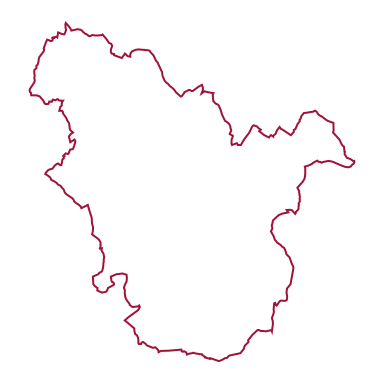 the district of Poienarii De Muscel, Arges, Romania
{"feature_id": "2599482B33398207909803", "entity_name": "Poienarii De Muscel", "entity_type": "district", "adm_level": 2, "iso_a3": "ROU", "parent_name": "Romania", "parent_adm1": "Arges", "projection": "albers", "projection_center": [25.065, 45.199], "detail": "fine", "context": "isolated", "style": "outline", "palette": "rose", "viewbox_px": 384, "rotation_deg": 0, "n_neighbors": 0, "source": "geoboundaries", "source_scale": "gbopen_adm2", "svg_char_len": 5847}
<svg xmlns="http://www.w3.org/2000/svg" viewBox="0 0 384 384"><path d="M271.9,331.5L272.9,324.2L272.8,321.2L271.9,318.0L273.6,313.4L273.9,311.4L273.6,309.5L274.2,303.3L275.2,302.9L275.9,305.0L276.7,305.6L279.6,301.3L281.2,300.5L284.1,300.9L286.5,300.4L287.0,298.9L287.2,296.4L286.5,292.7L287.0,288.5L290.5,284.3L293.4,268.3L293.2,266.4L291.8,263.7L289.5,257.3L286.5,254.3L285.0,249.5L284.0,247.8L281.8,246.4L280.9,245.2L276.9,242.4L275.7,240.6L274.8,239.7L273.7,236.3L270.9,231.3L272.3,228.9L271.8,225.1L272.4,223.6L272.9,220.5L278.7,215.1L283.1,213.4L288.3,212.4L286.7,210.0L290.2,209.8L291.8,210.1L295.2,213.9L295.7,213.2L295.8,212.0L297.5,210.4L298.6,208.6L298.5,206.8L298.9,205.8L298.7,205.1L298.8,204.3L298.6,203.5L299.8,201.6L299.7,201.0L299.8,199.8L299.6,199.3L299.9,196.0L299.5,195.4L299.5,193.7L299.1,192.8L299.2,190.9L298.6,190.2L297.4,187.7L302.6,181.9L304.4,179.0L305.0,176.1L305.3,173.0L305.2,170.5L305.4,169.3L304.8,166.6L308.9,165.4L312.4,163.6L312.7,163.1L317.2,160.6L318.7,161.9L320.0,161.8L320.6,162.1L321.1,162.6L321.8,162.7L322.6,162.1L328.6,160.9L332.6,161.7L341.4,165.5L345.3,166.9L348.2,167.3L350.7,166.6L352.2,164.6L353.5,163.9L354.4,162.2L354.2,160.9L353.4,161.1L350.5,159.1L346.9,157.8L344.6,154.1L344.9,151.7L344.5,151.5L343.9,146.5L342.7,145.7L341.8,144.6L339.4,139.5L333.0,132.4L333.6,130.5L333.4,122.9L327.6,120.8L324.6,118.7L321.9,116.5L320.4,115.9L318.5,114.6L317.9,113.9L317.0,112.1L315.1,110.7L314.8,110.7L312.9,111.8L310.3,112.0L309.3,112.3L303.8,113.1L301.1,116.5L300.7,118.6L299.6,119.9L299.8,121.2L297.6,124.0L295.5,128.8L295.3,129.2L293.9,129.8L293.7,132.0L290.9,135.2L282.3,129.5L281.2,129.1L279.6,127.0L277.1,130.3L276.2,132.1L276.0,133.1L275.4,134.0L273.2,135.9L273.2,136.6L271.1,135.1L270.7,135.2L269.0,137.5L264.0,135.0L259.2,131.2L260.8,129.7L258.7,128.3L256.9,126.4L253.6,125.3L252.2,126.5L249.3,132.6L244.2,139.3L240.9,145.0L237.9,145.0L236.9,143.2L232.0,145.0L231.5,143.5L231.6,139.4L232.8,136.6L232.8,135.7L229.7,134.1L230.1,132.8L231.2,130.9L231.2,129.7L230.5,128.4L230.4,126.7L229.2,124.0L228.0,122.8L225.0,120.8L222.0,114.6L220.7,110.1L218.8,105.5L217.7,104.5L215.5,103.5L213.3,101.1L212.7,94.9L213.5,93.1L208.2,92.3L204.5,91.3L201.6,93.4L202.9,89.8L202.8,87.4L201.9,84.9L198.7,86.6L192.7,91.0L191.7,91.0L189.7,90.0L188.8,90.0L184.4,92.2L184.0,93.3L181.8,96.1L180.8,96.6L175.7,92.0L175.1,90.8L172.8,88.3L169.7,85.9L168.0,83.8L166.4,82.7L164.6,80.6L162.5,75.8L162.1,72.2L157.4,62.2L155.9,60.5L153.5,55.4L150.4,52.1L149.8,50.9L148.5,50.3L138.5,49.4L135.8,49.8L132.2,51.2L130.6,53.2L130.2,54.9L130.3,56.7L127.7,56.2L125.0,53.6L121.8,58.0L114.1,55.2L113.8,54.6L114.0,54.0L111.8,53.6L110.9,52.3L110.8,50.4L111.1,48.8L112.2,45.9L111.2,43.8L109.1,43.0L106.6,39.3L102.7,34.7L102.6,34.9L99.4,35.4L95.3,35.5L92.4,35.0L90.6,35.9L89.5,36.2L88.4,35.8L87.7,35.0L86.1,34.0L85.3,33.8L82.8,31.7L82.0,30.6L80.6,29.8L77.6,29.2L71.3,30.6L70.3,28.3L67.9,25.3L65.8,23.0L65.4,24.2L65.6,27.9L66.1,30.1L64.4,34.3L62.1,34.1L58.2,32.4L57.3,37.3L56.7,36.7L56.4,36.9L54.9,37.0L54.4,37.9L53.5,38.1L53.2,37.4L52.6,37.5L52.2,38.0L52.7,39.0L52.6,40.3L51.7,40.9L50.6,41.2L49.7,40.5L47.2,39.6L46.2,41.7L43.8,48.1L43.7,48.6L44.1,49.3L43.7,51.3L39.2,57.3L38.7,59.2L38.5,61.8L37.7,64.6L36.4,65.7L36.5,68.0L34.4,70.0L34.2,71.0L34.3,73.0L34.7,75.7L34.3,77.9L34.7,80.1L34.7,81.0L34.3,82.4L29.9,89.0L29.6,90.0L29.9,91.9L30.9,92.7L31.2,95.3L36.9,95.4L39.7,96.4L43.4,100.8L44.5,103.2L45.5,104.1L48.1,104.0L48.7,103.3L49.3,101.5L51.8,101.8L52.1,101.6L52.4,100.2L52.8,99.6L55.3,100.3L57.3,99.1L57.8,99.2L58.9,100.3L59.8,100.6L63.0,100.7L61.9,102.3L61.7,105.6L60.3,106.9L59.3,110.8L62.2,110.8L62.9,112.1L63.1,113.5L66.1,117.7L67.3,120.5L69.1,123.3L69.9,129.4L71.0,130.8L72.7,132.1L73.0,132.6L70.6,134.1L68.9,136.5L70.3,142.2L74.5,139.5L75.4,141.2L74.8,143.8L73.2,148.6L72.8,149.1L70.1,149.6L68.4,153.8L67.7,154.0L65.8,153.4L64.2,154.8L64.5,156.1L63.2,156.2L63.9,158.1L62.4,159.5L61.8,163.2L61.2,165.1L60.3,165.2L58.1,163.5L57.2,163.7L54.8,165.5L52.4,168.7L49.7,169.4L48.2,170.1L45.9,172.6L45.3,174.1L46.6,174.7L50.2,177.4L51.3,180.0L54.1,181.2L57.0,183.2L57.4,184.0L58.4,184.8L60.5,185.8L62.1,187.8L63.6,189.3L64.8,192.5L65.7,193.5L67.3,194.9L72.4,198.3L73.9,200.3L74.0,201.2L76.0,203.0L78.8,204.8L80.7,206.5L81.4,208.2L87.8,204.9L88.8,208.7L91.7,217.8L92.0,223.3L93.1,227.3L92.8,231.4L92.1,234.4L98.7,239.3L100.5,242.2L100.6,244.5L100.4,244.9L100.6,245.4L100.6,246.5L99.8,248.4L99.9,248.7L100.4,248.7L101.9,248.3L101.5,250.2L102.3,251.9L103.2,253.2L103.7,254.4L103.8,255.7L104.2,256.9L103.7,259.3L103.8,261.8L103.4,263.0L103.2,266.7L102.5,270.0L101.8,271.5L99.1,273.0L98.3,274.2L92.9,276.6L93.3,284.0L94.7,286.0L97.5,288.1L97.3,290.5L102.1,292.6L105.9,291.8L107.0,290.8L108.0,288.0L113.6,285.0L114.1,284.0L113.7,282.9L113.1,282.3L112.3,282.2L111.5,280.8L110.8,276.7L116.2,274.3L122.5,273.5L126.5,274.7L126.9,277.8L126.6,281.4L124.9,284.8L123.9,287.8L124.7,289.8L124.9,291.2L124.7,293.7L125.1,294.9L125.1,296.2L125.8,298.5L126.9,300.5L129.2,303.4L129.9,305.1L131.9,306.6L132.7,307.0L138.0,306.4L139.2,305.5L139.8,307.2L138.0,310.2L128.4,317.2L124.8,320.4L134.3,328.4L134.3,330.3L135.1,333.9L137.0,335.4L137.9,337.3L138.4,340.1L138.4,343.5L138.9,344.0L140.9,344.0L140.9,343.5L142.6,342.0L143.4,342.2L145.9,344.1L146.7,345.3L152.8,347.8L155.5,347.3L158.4,350.3L158.6,352.2L161.1,350.9L168.7,350.7L181.4,349.6L181.6,351.2L182.9,351.8L183.4,351.4L184.4,351.4L185.9,352.2L186.7,353.4L186.9,354.5L189.5,353.6L191.6,353.3L193.5,352.7L194.8,353.3L200.0,354.2L201.9,354.3L202.3,354.5L202.4,355.1L205.5,357.1L205.2,357.5L209.9,358.9L210.1,358.1L218.6,361.0L219.7,360.9L223.5,359.2L224.5,358.3L227.0,357.9L228.8,355.9L230.4,355.3L240.4,353.2L244.0,348.6L244.2,347.1L244.9,345.6L248.5,342.0L248.1,340.2L252.5,334.8L257.6,330.0L258.8,330.0L260.6,330.9L263.4,331.0L265.7,331.4L271.3,330.1L271.9,331.5Z" fill="none" stroke="#9f1239" stroke-width="2"/></svg>